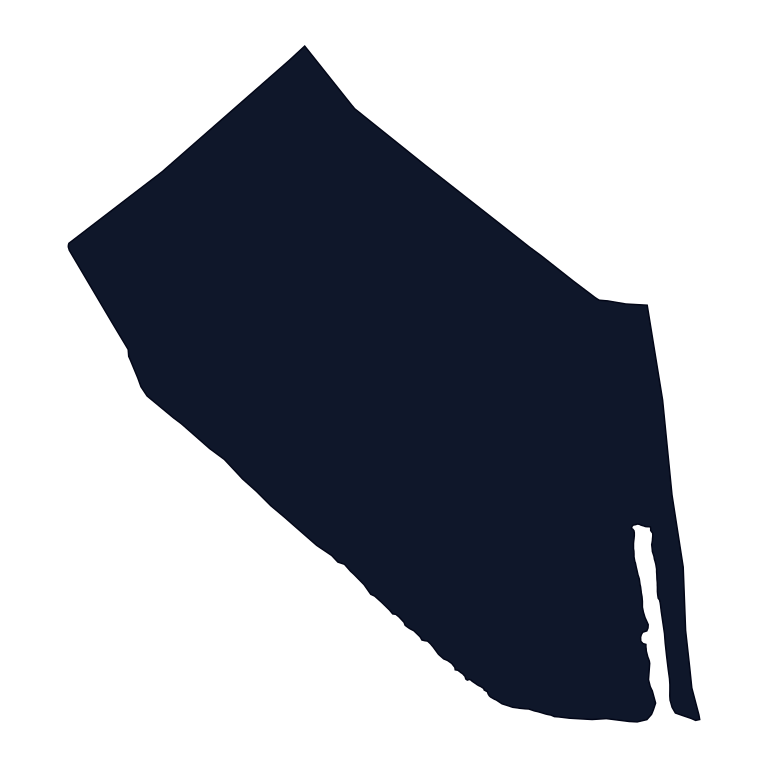 the district of Al-Dawahy, Bur Sa`id, Egypt
{"feature_id": "37247803B10876030245945", "entity_name": "Al-Dawahy", "entity_type": "district", "adm_level": 2, "iso_a3": "EGY", "parent_name": "Egypt", "parent_adm1": "Bur Sa`id", "projection": "equal_earth", "projection_center": [32.286, 31.246], "detail": "fine", "context": "isolated", "style": "filled", "palette": "ink", "viewbox_px": 768, "rotation_deg": 0, "n_neighbors": 0, "source": "geoboundaries", "source_scale": "gbopen_adm2", "svg_char_len": 3618}
<svg xmlns="http://www.w3.org/2000/svg" viewBox="0 0 768 768"><path d="M490.9,216.8L424.6,164.8L354.6,108.7L353.2,106.9L351.7,105.2L304.7,46.1L289.0,60.6L162.1,171.8L130.8,195.8L68.9,243.3L68.4,245.1L68.3,246.9L69.3,250.3L112.0,322.5L128.2,349.5L128.7,356.4L129.5,358.1L130.3,359.9L137.9,378.2L141.0,386.8L147.1,396.0L173.7,418.0L181.2,423.6L209.8,448.7L224.3,459.4L237.9,473.9L242.5,478.9L256.4,491.3L270.9,505.8L283.9,516.7L316.7,545.4L331.7,555.5L337.9,562.1L344.5,564.3L350.7,571.4L352.5,573.0L354.2,574.6L364.0,584.6L370.8,594.3L372.8,595.2L374.7,596.1L381.5,602.2L389.5,610.0L392.7,613.9L394.9,614.2L395.8,614.3L399.0,616.9L404.1,622.4L404.6,623.9L405.2,625.4L409.4,628.4L411.6,629.6L413.8,630.7L420.0,636.7L421.0,638.3L421.9,640.0L424.8,640.7L426.2,640.9L427.6,641.1L430.6,643.9L431.8,645.4L433.1,646.9L438.5,654.3L443.7,658.9L445.7,659.7L447.6,660.5L451.7,663.4L454.8,667.3L454.9,667.6L455.2,669.8L457.5,670.2L457.8,670.2L460.2,672.0L460.6,672.4L461.7,673.1L462.8,673.9L464.2,675.5L465.0,676.3L465.8,679.0L467.3,680.1L468.8,679.6L469.3,679.4L470.7,679.9L472.1,681.2L474.6,682.9L475.8,683.7L477.3,684.8L478.9,685.7L479.3,685.9L480.9,686.6L483.7,688.5L484.0,689.3L484.1,689.9L485.8,690.9L486.0,691.0L487.3,691.6L488.2,694.0L489.3,695.8L490.6,697.0L494.4,699.2L495.4,699.6L496.3,700.0L502.0,703.8L509.6,706.2L511.2,706.8L512.8,707.3L518.3,708.0L519.1,708.2L520.0,708.3L525.2,708.8L527.0,708.9L528.8,709.0L533.5,710.6L534.4,710.9L536.2,711.3L538.0,711.7L540.8,712.5L545.7,714.0L547.8,714.5L548.9,714.7L551.0,715.1L554.4,716.6L558.7,716.9L569.5,718.2L592.1,719.5L606.3,718.6L628.5,721.4L629.1,721.5L629.6,721.5L637.2,721.9L646.9,719.6L651.5,714.4L652.6,711.8L653.6,709.2L655.6,703.1L652.3,690.9L651.2,688.7L650.2,686.5L648.5,679.7L649.2,670.1L649.7,663.5L649.3,661.0L648.5,658.7L647.8,657.0L646.3,651.1L646.1,648.3L645.9,647.1L645.9,644.4L643.0,643.6L641.9,642.4L640.8,641.3L640.6,637.3L641.3,634.7L642.7,632.2L643.4,632.0L646.8,630.9L648.0,628.0L648.2,624.6L646.7,621.2L645.0,617.5L643.4,612.2L642.9,609.7L642.4,607.2L642.4,603.2L642.4,601.3L642.0,596.6L641.3,592.9L641.2,592.4L641.2,591.8L640.6,587.0L640.4,585.9L640.1,584.9L639.9,583.5L639.3,579.0L638.7,577.0L638.0,575.0L637.0,570.4L636.1,566.6L636.0,566.0L635.8,565.0L635.4,563.0L634.8,561.4L634.0,556.8L634.0,554.3L634.0,553.9L633.9,551.6L633.9,551.2L633.5,548.7L633.5,545.9L633.5,543.5L633.7,541.2L634.0,538.9L634.1,537.6L634.3,535.9L634.3,532.6L633.9,530.6L633.6,530.3L632.7,529.1L631.5,528.6L632.0,526.3L633.5,524.9L634.9,524.8L637.7,524.0L639.6,524.4L640.3,524.8L640.7,525.0L642.2,525.5L643.7,525.9L645.0,526.4L645.7,526.6L647.2,526.7L650.4,526.8L650.7,528.2L650.7,529.7L650.7,530.4L651.5,531.7L652.6,532.9L652.8,535.2L652.7,536.7L652.6,537.7L652.5,538.7L652.4,540.6L652.0,543.1L651.7,544.6L652.0,547.3L652.2,549.1L652.4,551.6L653.4,554.6L653.9,556.2L654.0,556.5L654.4,559.2L654.6,559.8L655.0,561.1L655.8,564.1L656.6,569.1L656.6,572.0L656.8,574.6L656.9,577.1L656.9,577.6L657.0,579.7L657.2,581.7L657.3,583.0L657.3,584.3L657.3,585.2L657.4,587.0L657.4,591.6L657.7,594.7L658.2,598.2L658.8,599.0L659.5,599.9L660.2,602.9L660.6,605.7L660.8,607.7L661.0,609.1L661.2,611.1L664.5,633.7L665.2,642.9L666.6,656.0L668.2,669.2L669.5,678.7L669.9,684.6L669.9,687.1L669.9,689.7L669.8,695.8L670.1,700.3L670.5,701.5L672.1,707.3L675.4,713.0L683.1,715.7L691.1,718.4L693.4,719.4L695.6,720.4L699.7,719.5L699.4,717.7L698.9,714.9L691.8,687.9L689.7,667.6L685.6,630.4L683.2,567.1L672.0,494.9L662.6,400.0L647.2,305.2L625.8,304.0L607.7,300.9L599.3,300.2L597.1,298.9L595.0,297.5L573.2,281.0L540.7,255.4L529.7,247.3L490.9,216.8Z" fill="#0f172a" stroke="#020617" stroke-width="1.5"/></svg>